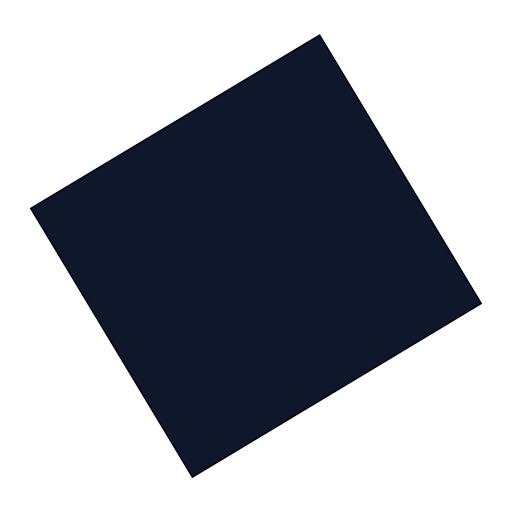 the district of Fillmore, Nebraska, United States of America, rotated 149°
{"feature_id": "52423323B66815680404806", "entity_name": "Fillmore", "entity_type": "district", "adm_level": 2, "iso_a3": "USA", "parent_name": "United States of America", "parent_adm1": "Nebraska", "projection": "robinson", "projection_center": [-97.672, 40.525], "detail": "fine", "context": "isolated", "style": "filled", "palette": "ink", "viewbox_px": 512, "rotation_deg": 149, "n_neighbors": 0, "source": "geoboundaries", "source_scale": "gbopen_adm2", "svg_char_len": 236}
<svg xmlns="http://www.w3.org/2000/svg" viewBox="0 0 512 512"><g transform="rotate(149 256 256)"><path d="M87.4,99.3L87.7,412.6L90.1,412.6L424.6,412.8L424.4,99.2L87.4,99.3Z" fill="#0f172a" stroke="#020617" stroke-width="1.5"/></g></svg>